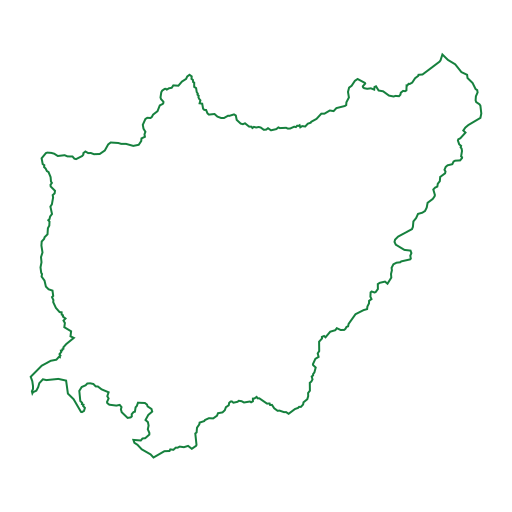 the district of Jaen, Cajamarca, Peru
{"feature_id": "86281439B77742651017236", "entity_name": "Jaen", "entity_type": "district", "adm_level": 2, "iso_a3": "PER", "parent_name": "Peru", "parent_adm1": "Cajamarca", "projection": "mercator", "projection_center": [-79.01, -5.73], "detail": "fine", "context": "isolated", "style": "outline", "palette": "green", "viewbox_px": 512, "rotation_deg": 0, "n_neighbors": 0, "source": "geoboundaries", "source_scale": "gbopen_adm2", "svg_char_len": 5925}
<svg xmlns="http://www.w3.org/2000/svg" viewBox="0 0 512 512"><path d="M442.4,54.5L440.5,60.4L439.5,61.7L422.5,74.5L418.5,74.8L418.2,75.9L415.1,78.2L412.2,82.6L409.7,84.0L408.6,83.8L407.3,85.5L406.6,85.4L406.4,90.4L405.1,91.2L403.1,90.9L400.8,92.7L400.4,94.7L399.0,96.2L395.5,95.9L393.6,96.5L389.0,95.6L383.1,91.3L378.6,90.5L376.0,86.3L374.5,87.0L374.2,89.6L370.8,88.3L367.2,88.8L364.2,88.2L363.1,87.4L362.8,86.3L365.2,83.6L364.9,82.9L357.6,79.0L354.9,80.8L351.6,85.8L349.1,87.6L348.0,91.9L348.9,97.5L346.4,102.3L346.2,105.1L344.8,106.0L336.4,108.1L333.6,111.1L329.8,110.5L324.4,113.7L321.3,113.7L316.5,118.9L311.2,121.8L310.7,122.7L307.8,123.7L305.2,126.5L302.2,126.1L300.3,127.3L299.6,125.2L298.5,125.9L297.2,125.7L295.9,127.1L294.2,126.7L290.2,128.5L287.8,128.6L286.1,127.8L279.9,128.1L278.4,127.4L276.3,129.1L271.0,130.3L268.0,128.2L266.2,129.6L263.8,129.8L260.7,127.5L258.7,127.0L256.2,127.5L253.9,126.9L252.4,128.0L251.5,126.7L249.1,126.6L245.0,123.3L242.9,124.2L240.7,123.6L236.7,119.9L235.8,115.5L234.0,114.4L229.2,115.9L228.1,115.7L224.0,118.0L221.1,118.0L217.4,116.6L214.5,114.0L208.9,114.6L207.5,113.4L206.1,110.0L204.3,109.9L203.1,108.7L202.2,103.7L199.6,103.3L200.4,100.3L199.1,98.8L198.4,97.1L198.7,95.8L197.5,94.7L197.8,93.7L196.7,92.0L196.1,88.1L194.2,86.9L194.2,82.6L193.1,82.0L192.9,79.9L191.5,78.9L191.7,76.4L189.5,74.8L187.2,76.5L186.1,78.9L181.9,81.6L178.4,85.7L173.3,85.4L171.7,87.8L168.9,88.3L166.8,89.6L165.8,88.8L164.7,88.9L162.2,90.6L161.3,92.2L160.5,97.4L161.0,99.1L163.4,101.7L163.4,102.9L162.8,103.9L159.8,105.4L157.5,111.2L153.1,114.6L151.8,117.0L150.5,118.0L147.3,117.8L145.4,119.0L142.8,124.8L143.5,128.7L145.4,131.8L144.5,134.3L144.9,136.8L141.5,138.4L141.2,141.1L138.7,144.8L133.3,145.9L126.1,143.9L121.3,143.9L118.3,143.0L110.7,142.5L108.2,144.4L104.8,150.5L99.7,154.0L94.0,154.2L90.8,153.0L88.2,153.1L85.4,151.5L83.4,153.1L83.3,154.7L82.2,156.0L76.1,159.1L74.4,158.7L72.5,156.5L67.5,156.4L64.6,155.2L57.8,156.0L54.2,153.7L51.3,152.9L47.3,152.6L45.9,153.1L41.6,158.3L42.7,164.1L44.3,165.2L44.1,167.1L45.6,168.5L46.9,171.1L48.5,172.0L50.6,177.1L51.0,181.6L51.9,182.9L50.5,184.8L50.7,186.5L55.0,190.8L54.6,193.4L52.7,195.1L53.1,197.5L51.9,204.3L50.4,206.6L52.0,214.0L50.1,216.5L49.5,219.1L48.3,220.2L49.5,221.6L49.3,225.6L47.9,228.2L47.5,234.3L44.6,237.2L44.1,238.9L41.7,241.5L41.4,245.5L42.5,252.5L41.0,257.1L41.5,262.3L40.5,267.4L41.2,272.8L42.0,274.0L41.6,276.6L44.5,280.6L45.9,286.6L48.6,289.3L52.5,290.6L53.2,295.9L52.0,297.1L53.4,300.1L53.2,302.1L55.9,307.9L59.6,312.1L61.6,312.3L61.7,314.6L63.0,315.3L62.9,316.6L65.5,318.5L63.5,320.6L64.9,323.0L64.3,327.2L71.1,331.3L70.5,336.3L73.8,337.9L66.2,344.1L63.4,347.3L63.4,348.8L62.4,349.2L62.2,350.4L60.9,350.6L61.2,352.1L59.5,354.1L60.4,355.6L59.6,356.2L59.8,357.2L58.8,357.0L56.4,359.7L50.7,360.8L41.7,365.7L30.7,376.8L32.3,381.2L33.0,386.1L33.0,389.0L31.9,391.3L32.4,393.3L33.0,392.2L36.3,390.7L38.2,387.1L39.3,383.2L42.9,379.3L46.4,380.1L58.4,378.9L66.1,380.6L67.9,393.6L73.6,399.2L81.0,411.9L82.0,412.1L84.0,410.9L84.9,407.9L83.1,405.9L83.5,404.7L81.9,404.1L82.1,402.8L80.3,401.0L79.3,390.9L81.7,387.0L85.6,385.3L87.3,383.5L90.2,383.3L93.4,384.0L95.7,386.4L97.9,386.5L101.5,389.3L108.6,392.3L107.3,396.2L108.6,398.5L107.0,402.0L107.3,403.1L109.3,404.7L116.4,405.6L119.7,404.9L121.5,407.1L120.9,409.3L121.7,412.2L127.6,417.9L130.7,417.4L131.8,416.4L131.7,414.2L133.5,412.1L134.9,411.7L135.6,407.3L136.8,406.0L138.0,402.7L144.9,403.0L147.0,404.6L147.6,406.4L151.5,409.0L152.2,411.6L148.3,414.9L145.5,420.0L147.9,422.1L148.6,425.6L147.8,429.3L149.4,433.0L149.3,434.6L145.2,438.2L142.5,438.5L140.8,440.5L133.4,439.9L134.4,442.8L137.5,444.8L141.7,449.3L150.6,454.4L153.5,457.5L164.4,451.2L169.5,451.0L170.3,449.4L173.4,449.8L175.7,447.7L177.6,447.7L179.7,446.6L183.9,447.2L188.1,445.9L191.8,448.8L196.1,445.8L196.5,444.9L195.3,433.5L196.6,432.4L197.0,427.7L199.3,424.4L199.6,422.6L204.2,421.1L205.0,420.0L208.9,418.2L213.2,418.4L217.0,415.7L218.0,413.2L222.5,412.4L224.8,410.2L225.9,407.2L228.7,405.3L229.2,402.8L230.7,401.5L231.8,401.4L233.4,402.7L237.6,401.8L238.7,400.8L241.6,401.2L244.0,402.5L249.9,401.5L251.1,402.3L252.9,401.3L252.9,398.6L254.4,398.5L256.6,396.9L257.6,398.3L259.3,398.3L267.0,403.6L269.6,403.5L270.1,405.0L272.0,404.9L274.2,408.3L277.6,410.8L279.5,410.6L283.9,412.1L286.1,412.1L288.6,413.8L295.0,409.0L298.1,407.9L299.0,406.9L300.9,406.9L303.1,404.5L303.5,402.3L307.3,399.2L308.2,396.1L308.1,393.0L309.9,390.7L309.8,382.8L311.3,381.6L312.5,379.4L311.7,376.5L313.1,375.4L313.1,374.1L314.4,372.4L315.7,367.5L313.1,365.1L312.9,364.2L315.4,358.8L318.6,356.9L317.7,353.4L319.2,351.1L319.1,341.7L322.0,338.5L321.9,336.9L324.1,336.0L325.5,337.3L330.2,331.7L335.3,330.2L336.8,328.2L340.7,330.0L344.2,329.9L345.4,328.9L346.5,326.9L348.1,326.3L348.6,323.9L355.5,314.2L363.6,310.1L367.1,309.1L367.4,306.5L369.0,303.4L369.1,300.8L371.5,299.1L370.4,296.7L370.6,292.4L371.6,291.5L374.6,292.5L375.7,292.0L377.9,289.0L377.8,284.1L379.8,282.8L385.0,281.6L387.5,283.7L391.3,277.6L391.0,274.0L391.9,270.3L391.6,267.8L393.4,264.3L396.5,262.7L400.2,262.3L401.2,261.4L410.1,259.4L410.8,258.6L410.3,255.7L411.4,253.1L410.5,250.6L404.4,249.9L395.8,244.7L394.5,241.9L395.1,239.6L398.1,236.6L412.0,229.1L412.9,226.9L413.4,221.4L416.1,218.1L418.0,213.9L422.3,212.7L425.0,211.0L426.7,207.6L427.6,202.8L432.8,198.9L434.6,196.3L434.9,195.0L433.3,189.5L435.1,187.6L437.3,186.6L437.8,183.7L439.8,181.2L440.2,176.9L445.1,173.3L445.5,171.5L444.5,169.8L445.7,166.9L447.6,165.3L452.3,164.2L453.6,161.5L455.1,160.7L460.1,160.4L462.0,158.1L462.1,157.3L461.1,156.4L462.0,151.0L461.6,148.6L460.6,147.3L461.1,145.9L459.2,144.3L457.9,140.5L458.3,139.3L460.3,138.3L465.5,132.6L463.3,130.5L465.3,127.6L468.4,125.0L480.4,117.9L481.3,113.5L480.4,105.7L479.5,104.3L476.2,102.1L475.6,100.3L475.9,96.3L477.6,92.4L477.2,90.1L475.6,89.1L472.6,83.0L467.5,78.0L467.1,74.8L461.4,72.1L455.2,64.3L447.9,59.9L442.4,54.5Z" fill="none" stroke="#15803d" stroke-width="2"/></svg>